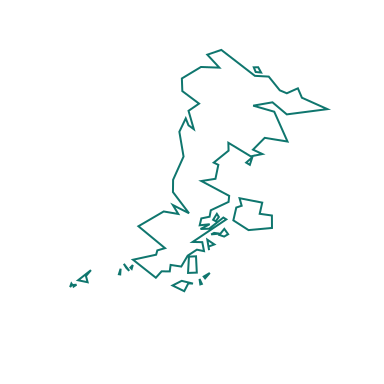 United Kingdom, orthographic projection, rotated 222°
{"feature_id": "GBR", "entity_name": "United Kingdom", "entity_type": "country or territory", "adm_level": 0, "iso_a3": "GBR", "parent_name": "Europe", "parent_adm1": "", "projection": "orthographic", "projection_center": [-4.115, 55.427], "detail": "medium", "context": "isolated", "style": "outline", "palette": "teal", "viewbox_px": 384, "rotation_deg": 222, "n_neighbors": 0, "source": "natural_earth", "source_scale": "50m", "svg_char_len": 1958}
<svg xmlns="http://www.w3.org/2000/svg" viewBox="0 0 384 384"><g transform="rotate(222 192 192)"><path d="M204.3,297.1L184.6,306.7L154.8,293.4L174.2,280.9L175.0,264.3L165.1,267.3L172.2,257.8L197.9,252.9L192.5,247.2L195.5,228.4L190.6,229.8L183.4,217.5L192.4,206.4L161.8,214.0L158.2,209.1L165.8,191.0L162.4,185.4L167.4,178.6L164.0,172.4L157.3,179.9L160.9,170.2L154.7,176.2L151.6,194.0L148.2,194.6L158.1,155.3L150.8,161.6L143.5,156.1L149.8,152.4L152.6,141.8L150.1,129.4L159.1,123.5L155.4,118.1L161.5,112.7L161.5,104.1L190.5,102.2L176.7,121.4L178.7,125.4L174.5,132.2L208.9,130.7L200.0,158.6L187.5,166.5L197.5,169.5L180.0,174.2L206.1,179.2L214.2,188.4L222.0,212.7L241.7,228.3L245.9,242.5L239.2,239.2L232.7,239.9L248.9,250.0L245.9,262.4L266.7,260.5L275.5,269.6L269.0,290.9L254.9,302.7L272.5,304.3L265.3,317.2L223.0,320.4L212.2,329.1L194.8,326.3L187.6,328.8L182.7,339.9L173.4,335.6L146.8,344.2L173.5,313.1L192.2,312.5L204.3,297.1ZM152.5,219.2L132.7,231.1L127.1,221.1L116.9,228.0L108.5,218.8L124.5,201.5L142.3,198.6L148.7,210.1L145.9,215.0L152.5,219.2ZM143.9,109.5L140.2,119.1L130.0,124.6L133.6,121.6L131.4,113.1L143.9,109.5ZM140.8,129.2L151.0,141.9L146.0,146.9L134.5,135.3L140.8,129.2ZM209.2,55.1L217.6,50.2L214.8,66.3L214.6,58.6L209.2,55.1ZM148.7,166.8L140.3,168.0L143.2,162.5L140.4,160.2L148.7,166.8ZM171.4,250.1L170.4,258.1L167.2,250.9L171.4,250.1ZM142.9,178.4L143.3,186.2L136.9,184.8L138.3,180.4L142.9,178.4ZM185.9,91.4L190.1,91.7L194.6,93.0L185.9,91.4ZM158.9,192.4L155.3,191.4L154.8,186.2L157.7,185.5L158.9,192.4ZM229.5,326.0L226.3,329.0L220.6,327.0L225.0,323.8L229.5,326.0ZM148.2,176.4L143.7,179.5L149.4,173.3L148.2,176.4ZM124.0,128.9L128.2,132.4L123.2,130.3L124.0,128.9ZM126.7,137.0L124.6,143.7L124.5,136.6L126.7,137.0ZM218.1,43.4L215.8,45.8L216.7,42.5L218.1,43.4ZM191.3,82.0L193.7,87.2L190.2,82.7L191.3,82.0ZM187.2,94.6L187.1,98.1L185.4,94.5L187.2,94.6ZM219.0,39.8L220.4,43.3L219.1,43.0L219.0,39.8Z" fill="none" stroke="#0f766e" stroke-width="2"/></g></svg>